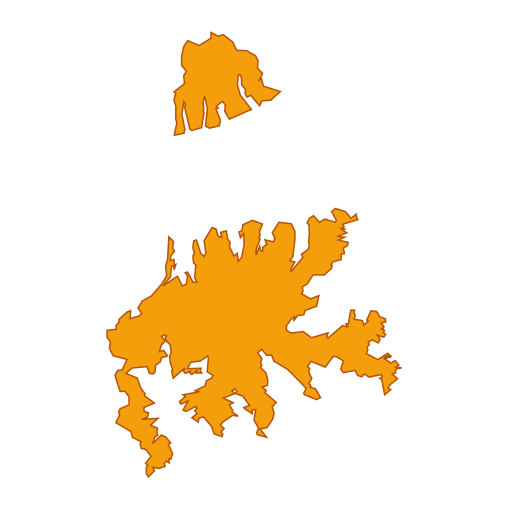 outline of Hasvik nor, Finnmark, Norway, rotated 181°
{"feature_id": "86288312B50454164159248", "entity_name": "Hasvik nor", "entity_type": "district", "adm_level": 2, "iso_a3": "NOR", "parent_name": "Norway", "parent_adm1": "Finnmark", "projection": "orthographic", "projection_center": [22.251, 70.523], "detail": "fine", "context": "isolated", "style": "filled", "palette": "amber", "viewbox_px": 512, "rotation_deg": 181, "n_neighbors": 0, "source": "geoboundaries", "source_scale": "gbopen_adm2", "svg_char_len": 6104}
<svg xmlns="http://www.w3.org/2000/svg" viewBox="0 0 512 512"><g transform="rotate(181 256 256)"><path d="M359.8,33.3L353.7,39.5L355.6,42.9L349.2,41.9L343.2,44.1L344.1,46.9L342.1,49.4L339.2,47.6L339.6,51.8L337.6,51.4L335.9,56.8L340.4,66.4L338.0,67.6L343.2,73.5L347.6,75.3L356.0,66.7L354.0,73.3L351.2,74.9L352.1,78.2L351.4,82.1L358.5,84.9L351.1,92.0L367.4,90.5L361.7,92.8L360.7,97.4L365.1,98.7L365.5,102.5L355.0,107.2L364.9,114.2L364.5,116.4L368.9,121.9L372.6,131.9L383.8,136.3L378.0,141.9L363.0,143.5L360.6,136.8L356.8,136.3L355.0,138.2L354.4,145.1L349.9,148.4L348.5,152.8L342.7,154.4L346.6,160.1L351.0,158.7L349.2,165.0L345.4,169.6L349.2,174.0L346.2,175.5L344.1,174.5L345.4,173.4L344.3,169.4L340.3,165.8L339.1,158.2L340.5,154.3L339.9,148.0L337.4,140.9L338.3,140.0L336.7,132.3L325.3,142.8L326.5,139.5L324.6,137.4L319.5,139.6L319.9,137.6L318.1,136.4L313.1,140.3L313.7,137.9L308.3,138.1L309.8,140.2L308.9,142.8L322.6,142.1L319.5,148.5L309.5,150.1L302.1,155.7L302.9,154.5L301.8,153.5L302.8,139.3L296.9,135.9L298.0,133.4L303.6,130.2L304.5,125.3L314.5,120.3L310.0,119.3L326.5,116.0L324.0,114.5L330.0,109.0L328.5,106.6L321.5,109.9L326.2,100.6L323.3,99.4L313.7,104.5L312.4,102.7L314.6,100.2L312.1,97.4L317.3,93.2L310.9,89.0L310.2,92.8L305.7,94.2L297.6,85.0L294.8,77.4L286.8,74.8L286.0,77.4L288.2,79.2L284.9,82.9L288.5,86.3L286.8,89.0L276.7,96.2L271.1,95.6L277.3,99.9L276.5,101.0L280.2,107.0L276.2,108.8L286.2,113.4L274.5,118.2L277.8,120.8L274.8,122.9L272.8,119.9L274.0,118.1L266.7,115.6L259.8,106.5L265.7,104.3L265.0,103.4L256.9,98.2L257.3,101.9L253.6,102.3L255.1,91.9L250.5,84.0L252.3,78.7L251.4,77.3L242.3,75.0L248.9,83.1L242.1,84.5L236.5,93.1L235.1,99.0L237.2,105.4L233.2,110.0L244.7,119.5L243.4,121.6L247.5,125.0L242.3,126.8L242.0,131.6L244.0,139.3L249.8,144.9L248.3,146.6L249.5,149.7L248.3,153.5L252.6,159.1L248.7,162.9L243.5,156.8L238.7,157.3L236.3,151.2L222.4,143.2L207.1,128.3L203.6,124.3L205.9,119.6L205.1,118.2L193.0,113.5L189.0,115.6L194.4,124.5L199.7,125.5L198.8,127.1L201.0,129.3L198.1,134.6L201.4,141.3L200.3,144.4L202.6,146.3L199.1,151.6L184.8,146.1L176.9,157.1L173.1,156.3L166.7,152.6L169.4,144.4L166.6,140.9L155.0,143.4L152.3,138.3L148.1,137.1L145.6,140.0L140.9,136.9L128.6,139.6L127.6,137.6L130.2,135.6L128.2,135.0L124.9,119.5L118.9,124.7L121.7,126.3L120.2,129.1L112.3,135.7L117.8,140.5L114.2,141.7L114.7,144.1L113.5,145.6L108.4,146.7L114.4,147.5L111.3,149.4L115.0,153.9L119.2,151.3L126.1,155.8L123.6,156.0L122.0,157.1L120.5,157.0L118.7,158.1L126.0,157.0L120.5,159.2L122.9,160.6L121.9,161.5L132.4,154.5L144.0,160.5L142.6,164.0L143.3,166.4L141.2,169.6L142.3,171.7L138.3,174.2L132.2,171.2L130.4,175.2L133.4,179.1L126.9,177.0L125.1,179.9L127.3,181.8L126.2,183.9L130.0,185.6L127.5,185.7L126.9,187.7L129.5,191.2L125.2,192.5L125.5,195.5L131.1,197.2L134.3,202.6L140.1,203.2L144.1,193.9L142.7,193.0L146.9,188.9L148.6,193.3L156.8,194.5L155.8,198.2L157.3,201.7L156.5,203.6L160.3,203.6L162.6,189.5L164.8,189.7L163.3,186.8L168.1,188.0L182.5,175.3L183.9,176.1L182.6,180.4L199.0,175.3L207.6,181.3L219.6,179.6L224.2,182.2L224.3,186.8L219.4,194.1L216.2,196.1L215.8,194.7L217.4,193.0L217.0,192.2L213.2,197.2L207.2,198.1L205.8,202.5L194.6,206.8L192.4,217.5L200.8,214.1L209.9,219.2L208.4,221.6L209.1,225.9L204.3,228.9L198.5,238.2L187.5,238.2L180.2,245.0L179.7,247.8L180.7,248.1L179.3,251.4L170.8,253.9L170.8,259.3L167.6,260.0L168.8,265.5L164.7,267.9L164.2,271.2L173.7,273.4L167.7,276.4L175.3,276.9L165.6,280.7L172.6,285.5L166.8,284.3L169.8,285.7L168.5,287.0L169.8,289.3L154.9,294.1L156.9,298.3L155.9,300.0L161.7,295.4L167.3,301.9L177.5,304.9L181.2,301.7L176.3,293.1L177.2,291.2L188.1,294.1L193.1,290.8L199.2,297.3L203.3,294.6L205.5,290.0L203.5,287.8L203.0,279.5L203.7,271.7L202.8,267.7L203.8,263.8L210.6,258.5L209.1,255.5L220.4,241.3L221.3,242.7L217.1,250.8L222.1,251.8L219.1,256.2L217.3,274.2L217.7,281.8L221.3,288.8L233.6,290.2L240.1,279.7L237.4,273.8L239.0,270.5L247.3,272.3L245.3,267.8L249.3,265.0L249.5,260.9L251.7,261.8L252.4,265.9L256.1,256.9L255.9,262.8L252.2,272.9L253.6,274.3L252.2,276.3L253.0,280.1L250.1,288.1L260.1,291.6L269.6,287.1L270.5,281.2L273.5,279.7L271.8,273.9L268.6,278.3L268.1,266.6L270.4,254.2L273.8,250.4L274.8,258.4L278.0,255.5L282.6,264.7L282.1,269.3L284.7,272.2L286.1,280.6L291.8,279.0L290.7,273.8L294.3,275.3L296.4,282.2L300.4,283.7L308.2,270.3L306.2,258.6L307.7,254.5L311.2,257.6L315.9,271.0L318.5,269.8L319.3,263.1L317.5,257.9L319.1,255.0L318.3,247.8L316.0,246.2L317.0,233.4L314.7,229.0L318.5,228.6L324.1,238.7L326.4,238.1L324.1,234.7L325.3,226.6L329.1,224.7L334.2,234.4L348.5,224.4L341.2,233.8L340.3,244.4L338.2,244.4L337.5,240.8L336.0,246.1L337.5,245.2L337.9,251.0L341.7,250.0L341.1,254.8L337.5,259.4L339.5,262.4L338.7,269.0L343.5,273.6L344.3,251.5L346.2,244.3L345.0,234.7L349.6,226.6L359.7,214.4L369.0,209.0L373.1,201.9L369.3,196.7L371.8,194.0L380.8,191.2L380.4,199.1L384.0,197.7L391.9,190.2L392.0,187.0L394.6,184.3L394.5,180.3L403.6,179.1L403.5,172.0L400.0,167.6L401.0,161.2L397.1,153.8L383.2,150.4L387.8,139.6L392.2,139.3L395.0,134.3L389.5,118.2L384.5,118.4L380.5,112.8L380.3,104.9L389.0,101.1L390.7,97.6L389.6,94.4L393.2,86.9L377.9,78.2L376.4,72.6L367.7,68.3L368.6,66.0L367.3,61.6L362.9,60.7L357.4,54.0L362.8,46.8L360.4,44.3L362.0,43.0L361.8,36.5L359.8,33.3ZM283.0,469.6L292.6,476.7L297.7,475.1L304.8,478.7L304.9,472.9L316.6,465.4L328.0,470.2L331.9,464.2L333.9,454.0L333.6,445.1L328.7,439.3L331.4,435.4L330.5,427.1L340.8,418.7L339.2,417.6L340.8,410.1L338.8,404.7L338.6,391.4L337.5,387.8L339.8,375.3L330.1,377.5L329.4,381.5L332.6,396.9L330.8,409.0L328.9,405.6L330.1,404.2L324.3,381.6L322.5,380.4L312.6,383.4L310.5,398.8L311.5,400.3L310.7,401.7L311.6,408.9L310.2,414.9L307.2,403.0L308.8,385.0L304.8,383.0L294.9,385.5L294.0,391.1L298.8,402.9L296.4,403.1L297.9,405.4L292.2,410.1L289.3,406.2L289.8,400.1L285.0,392.4L263.2,402.5L274.6,416.8L277.6,427.2L277.0,436.3L275.7,437.3L273.6,433.9L273.3,426.8L269.6,422.6L269.6,417.8L267.8,414.7L264.1,416.6L255.0,406.2L252.8,411.2L244.0,412.0L234.6,420.9L251.5,425.9L253.7,433.4L255.7,432.0L252.6,438.7L257.8,443.9L257.4,451.3L260.0,456.3L269.3,461.2L278.9,461.3L283.0,469.6Z" fill="#f59e0b" stroke="#b45309" stroke-width="1.5"/></g></svg>